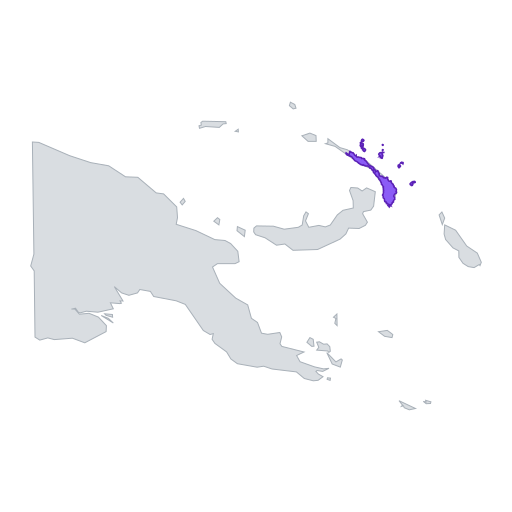 Namatanai District, New Ireland, Papua New Guinea (highlighted)
{"feature_id": "67681753B4611744074236", "entity_name": "Namatanai District", "entity_type": "district", "adm_level": 2, "iso_a3": "PNG", "parent_name": "Papua New Guinea", "parent_adm1": "New Ireland", "projection": "albers", "projection_center": [152.429, -3.72], "detail": "fine", "context": "in_parent", "style": "filled", "palette": "violet", "viewbox_px": 512, "rotation_deg": 0, "n_neighbors": 0, "source": "geoboundaries", "source_scale": "gbopen_adm2", "svg_char_len": 9715}
<svg xmlns="http://www.w3.org/2000/svg" viewBox="0 0 512 512"><path d="M35.0,337.1L34.2,270.9L30.7,266.0L33.9,254.1L32.4,142.0L38.8,142.4L69.7,155.7L90.6,162.6L108.7,165.8L125.5,176.8L137.8,177.3L156.2,192.9L163.6,193.9L176.7,206.9L177.5,217.6L176.2,224.3L195.9,230.6L214.8,239.6L225.0,240.5L230.7,243.6L237.8,251.3L239.1,261.7L235.1,263.6L217.5,263.6L212.5,267.0L219.7,283.3L235.7,298.1L247.7,304.9L251.4,318.3L257.5,322.5L261.5,333.2L267.7,334.3L279.8,332.5L281.7,336.9L280.0,343.7L281.8,346.4L304.0,352.0L296.6,355.5L300.0,361.7L314.6,366.9L323.6,368.9L329.0,368.3L322.7,371.4L317.0,370.5L315.9,371.4L318.3,374.0L323.0,376.7L318.1,380.3L313.3,380.8L304.3,378.5L296.4,371.9L272.1,369.0L263.7,366.2L257.1,367.2L237.4,363.7L230.9,359.0L226.6,351.9L214.9,343.4L212.1,339.3L213.3,333.6L210.1,334.5L203.3,330.5L185.3,304.4L176.2,300.8L153.7,296.5L150.4,291.4L139.8,289.5L137.5,292.9L128.9,295.3L121.6,292.9L114.3,286.6L123.0,301.0L120.0,300.9L121.4,303.2L119.8,303.6L110.4,302.8L113.3,308.8L97.9,312.2L86.3,311.2L80.8,312.7L78.6,312.6L75.5,308.2L71.4,309.1L74.9,309.1L79.4,314.2L89.0,313.3L98.4,317.1L106.4,325.6L106.1,331.6L84.8,342.8L72.4,338.2L54.3,339.6L47.8,337.9L39.8,340.1L35.0,337.1ZM357.7,188.0L362.1,191.0L366.6,187.9L375.3,191.7L373.6,206.2L370.8,210.1L363.5,211.6L362.6,213.7L367.4,222.2L365.4,225.3L359.1,228.5L348.6,228.1L345.9,233.9L340.1,239.1L317.6,249.5L293.0,250.3L284.9,244.0L276.5,245.2L265.1,237.8L255.6,234.7L253.7,231.9L253.9,228.1L256.5,225.9L273.4,226.2L284.2,229.2L298.3,227.3L302.2,225.0L303.7,215.8L306.0,211.9L308.4,213.7L305.5,220.9L308.8,227.3L318.9,225.4L325.3,226.9L330.3,225.0L337.3,214.9L343.0,210.3L353.3,208.0L353.1,200.6L349.5,190.5L350.9,187.5L357.7,188.0ZM481.3,262.3L480.0,265.6L479.3,264.5L474.1,267.6L468.2,266.6L463.0,263.3L458.9,257.4L458.8,250.9L453.0,247.9L445.6,239.5L444.1,234.0L444.7,224.9L455.6,230.2L466.7,246.0L477.3,253.1L481.3,262.3ZM397.0,192.1L389.8,206.5L385.3,200.6L383.5,196.4L383.1,185.4L371.5,169.0L359.5,163.5L335.1,146.4L325.5,143.7L327.9,142.9L327.9,138.7L339.9,147.6L347.4,149.8L357.3,156.7L364.1,159.0L393.5,184.7L397.0,192.1ZM202.7,121.2L225.8,121.7L226.2,123.6L223.1,123.9L219.3,127.4L205.5,126.5L199.5,128.3L199.0,125.8L201.3,125.1L200.9,122.5L202.7,121.2ZM319.4,341.8L323.6,344.2L327.1,343.9L329.8,346.7L330.3,351.3L328.8,352.4L327.8,351.0L316.7,350.1L318.8,347.4L316.7,342.2L319.4,341.8ZM316.2,141.4L308.1,141.4L301.9,135.8L309.9,133.1L316.0,135.6L316.2,141.4ZM335.9,361.9L341.1,358.9L342.3,360.0L340.3,367.1L332.2,364.0L326.8,352.6L335.9,361.9ZM378.5,331.7L387.3,330.4L391.5,333.5L392.8,334.6L392.0,337.6L384.6,336.3L378.5,331.7ZM399.0,400.7L415.5,408.5L409.3,409.8L404.2,407.7L403.5,405.8L401.4,406.4L402.5,405.1L399.0,400.7ZM244.4,236.6L237.0,230.7L237.4,226.6L245.2,230.2L244.4,236.6ZM314.0,346.2L311.8,346.4L306.9,342.3L309.9,337.6L313.2,339.3L314.0,346.2ZM442.3,224.6L439.1,214.9L441.9,212.0L444.7,218.1L442.3,224.6ZM218.9,224.9L213.8,221.2L217.5,217.7L219.8,219.5L218.9,224.9ZM296.0,108.2L293.2,108.9L289.4,105.7L290.4,102.2L294.8,104.5L296.0,108.2ZM185.2,201.4L182.2,204.9L180.1,202.2L183.5,198.4L185.2,201.4ZM336.9,314.0L337.1,325.6L334.8,323.3L335.9,318.5L333.5,317.2L336.9,314.0ZM108.3,318.3L113.3,323.0L101.2,315.5L108.3,318.3ZM112.6,317.2L106.0,315.3L104.6,313.8L112.4,314.5L112.6,317.2ZM430.9,401.8L430.5,403.5L426.2,403.7L423.3,401.4L426.1,402.0L425.6,400.3L430.9,401.8ZM382.2,152.8L382.5,158.1L379.4,154.3L382.2,152.8ZM366.1,149.9L364.8,151.3L361.7,147.6L362.3,146.8L366.1,149.9ZM330.5,378.1L330.1,380.4L327.1,379.3L327.5,377.8L330.5,378.1ZM363.4,145.7L361.1,146.4L361.5,142.7L363.4,145.7ZM238.2,129.2L238.4,131.9L235.2,131.3L238.2,129.2ZM412.9,182.7L412.5,185.2L410.8,184.4L412.9,182.7Z" fill="#d9dde1" stroke="#a8b0b8" stroke-width="1"/><path d="M345.9,153.2L346.4,154.3L347.1,155.0L348.8,155.6L349.4,155.8L349.8,155.9L349.9,156.2L350.8,156.3L351.8,156.9L352.6,157.9L352.7,158.2L353.5,158.9L354.7,160.6L357.1,161.7L358.1,162.7L358.3,162.6L358.7,163.0L358.8,163.3L359.2,163.3L359.6,163.8L360.0,163.9L360.3,164.4L361.1,164.5L361.2,164.8L362.2,165.0L362.4,165.2L363.1,164.7L363.4,164.9L363.4,165.1L363.6,165.3L364.2,165.6L364.8,165.4L365.2,165.9L366.7,166.1L367.3,165.9L369.1,167.0L369.5,167.4L369.8,167.4L370.0,167.8L369.9,168.1L371.0,168.5L371.8,169.3L371.9,169.9L372.7,170.5L373.2,170.5L373.4,170.8L373.3,172.0L373.8,172.8L375.0,173.9L375.2,174.4L375.5,174.5L375.8,175.0L375.8,175.4L376.5,176.2L377.2,176.6L377.4,176.9L378.0,177.0L378.4,177.9L379.0,178.7L379.0,179.3L379.5,179.9L380.0,180.0L380.2,180.8L380.6,181.2L380.9,182.2L381.3,182.5L381.4,184.2L382.1,184.6L382.3,185.4L383.5,186.8L383.4,187.4L383.1,187.7L383.5,188.6L383.4,189.8L383.7,190.3L383.4,191.2L383.6,192.0L383.5,192.7L383.3,193.1L383.2,194.2L382.7,194.6L382.5,195.1L383.3,196.3L383.1,197.0L383.3,198.0L384.2,198.5L384.3,198.7L384.6,201.0L384.8,201.6L385.1,201.7L386.1,201.9L386.5,202.7L387.1,203.3L386.8,203.2L386.7,203.5L387.2,203.5L388.0,204.6L388.3,204.6L388.5,204.4L388.6,204.6L388.8,204.6L388.6,204.8L389.2,205.8L389.3,206.2L389.0,206.3L389.3,207.0L389.9,206.3L389.9,205.8L389.6,205.6L389.9,205.5L389.8,205.1L390.2,204.9L390.9,205.4L390.7,204.9L391.9,204.0L392.0,203.6L392.2,203.4L392.1,202.9L392.5,202.7L392.5,202.4L392.7,202.1L393.0,201.9L393.2,202.2L393.5,202.0L393.5,201.6L393.4,201.3L393.6,200.4L394.1,199.8L394.8,199.4L394.7,197.8L394.8,197.3L394.8,197.2L394.3,197.1L393.9,196.6L393.7,196.2L393.8,195.7L394.6,194.2L396.4,193.0L396.5,192.7L396.4,192.1L396.0,191.6L396.3,191.1L396.3,190.4L396.5,189.7L396.2,189.2L396.1,188.7L395.6,188.0L395.2,188.0L394.6,187.7L394.0,187.1L393.9,186.8L394.2,186.4L394.1,186.1L393.5,185.7L393.2,184.4L392.9,184.4L392.7,183.9L392.1,183.5L392.0,183.2L391.3,182.6L391.3,181.5L391.0,180.8L390.6,180.8L390.2,181.4L388.9,181.1L388.5,180.7L388.3,180.0L387.7,179.6L387.8,179.1L387.4,177.9L387.7,177.7L387.6,177.4L386.7,177.2L386.0,178.1L385.3,178.2L385.1,177.9L384.9,178.0L384.2,177.7L383.5,177.7L383.2,177.0L382.4,176.7L382.5,176.4L382.2,176.2L381.6,176.1L380.9,176.3L379.6,175.8L379.6,175.4L379.0,174.9L379.4,174.2L379.3,173.7L378.5,172.7L378.4,171.9L378.1,171.6L377.8,170.7L377.3,170.6L376.5,171.3L375.9,171.2L375.7,171.6L375.5,171.8L375.6,171.2L375.3,170.9L375.2,170.0L374.8,169.8L374.8,169.5L374.2,169.0L373.8,169.1L373.6,169.0L373.8,168.0L373.6,167.5L372.9,167.1L372.7,166.8L372.4,166.8L372.0,166.5L371.8,166.6L370.3,165.6L370.0,165.6L369.5,165.2L369.0,165.0L368.4,164.0L367.9,163.8L366.2,161.1L365.4,160.7L365.2,160.3L364.8,160.2L364.5,159.9L364.3,159.2L364.6,159.0L364.5,158.7L364.2,158.7L363.8,158.9L363.3,158.4L362.9,158.3L361.8,158.6L361.5,158.4L361.3,157.6L360.3,157.4L359.7,157.5L358.7,157.0L357.1,157.2L356.2,156.3L356.2,155.3L355.7,155.7L355.1,155.5L354.5,155.0L354.2,154.1L353.5,153.5L353.3,152.9L352.7,152.7L352.3,152.8L352.0,152.5L351.4,152.3L351.1,152.0L350.6,152.2L350.0,151.3L349.7,151.4L349.2,154.4L348.2,154.3L346.1,152.8L345.9,153.2ZM382.0,152.5L381.2,152.5L380.1,152.7L380.1,152.9L379.6,153.0L379.2,153.4L378.7,154.1L378.8,154.3L378.9,154.8L379.4,155.4L379.9,155.7L379.8,155.9L380.0,156.0L379.6,156.4L380.0,156.3L379.9,156.7L380.2,156.7L380.3,156.9L380.4,156.7L380.5,156.8L380.6,157.3L380.9,157.3L380.8,157.6L381.1,157.5L381.3,157.7L381.7,158.3L382.2,158.2L382.4,157.8L382.4,157.0L382.5,156.5L382.9,156.0L382.9,155.6L382.8,155.1L382.7,155.0L382.3,155.2L382.1,154.9L382.3,154.1L382.0,153.7L382.0,152.5ZM360.8,142.5L360.4,142.6L360.3,142.8L360.6,143.3L360.8,143.3L360.6,143.6L361.1,144.1L360.9,144.5L360.6,144.5L360.4,144.8L360.4,145.1L360.2,145.2L360.2,145.4L360.8,145.8L360.4,145.9L360.5,146.2L360.8,146.4L360.8,146.6L361.1,146.8L361.2,146.6L361.4,147.0L361.6,146.7L361.8,146.7L361.9,146.4L362.1,146.4L362.1,146.2L362.4,146.4L362.6,146.1L362.8,146.4L363.0,146.4L363.2,145.9L363.2,145.6L362.8,145.7L362.6,146.0L362.5,145.6L362.6,145.4L362.8,145.5L362.9,145.1L362.9,145.5L363.2,145.4L363.2,144.6L363.0,144.8L362.9,144.6L362.9,144.4L363.2,144.2L362.4,143.1L361.8,143.0L361.7,142.8L360.8,142.5ZM362.2,146.5L361.9,146.6L361.8,146.9L361.6,147.0L361.6,147.6L361.3,148.0L361.9,148.6L362.6,148.5L362.6,148.8L362.8,148.6L362.8,149.2L363.0,149.5L363.1,150.5L363.6,151.1L364.5,151.5L365.2,150.7L365.4,150.1L365.3,149.4L364.8,148.8L364.3,148.5L363.9,148.6L363.1,148.2L362.9,147.9L362.7,147.1L362.2,146.5ZM412.8,184.6L412.8,183.6L412.6,183.5L412.5,183.0L412.3,182.7L412.5,182.2L412.4,181.8L411.5,182.3L411.1,182.8L410.7,183.0L410.1,183.7L410.0,184.0L410.3,184.6L410.7,184.6L411.1,185.4L411.7,185.6L412.3,185.4L412.3,184.8L412.8,184.6ZM363.4,139.6L362.4,139.2L361.7,139.8L361.3,141.0L361.4,141.3L362.4,141.2L363.1,141.4L363.5,141.2L363.7,140.7L363.9,140.5L363.7,139.9L363.4,139.6ZM400.0,165.4L399.6,164.4L399.4,164.4L398.7,165.1L398.3,165.1L398.2,165.2L398.5,165.4L399.0,166.2L399.4,166.1L399.7,166.4L400.4,166.4L400.5,166.0L400.0,165.4ZM403.0,162.5L401.5,162.2L400.9,162.8L400.6,162.8L400.5,163.1L401.1,163.2L401.4,163.2L401.6,162.9L402.0,163.0L402.9,163.9L403.2,162.9L403.0,162.5ZM414.1,181.5L414.0,181.4L413.8,181.7L412.9,181.9L412.6,182.1L413.1,182.3L413.7,182.0L414.0,182.2L414.1,182.6L414.3,182.5L414.5,182.7L415.2,182.4L415.2,182.0L414.9,181.9L414.8,181.5L414.5,181.4L414.1,181.5ZM382.5,145.3L383.0,145.3L383.2,144.9L383.1,144.7L382.7,144.5L382.3,144.8L382.5,145.3ZM382.6,150.4L383.1,150.1L383.1,149.7L382.9,149.6L382.6,149.6L382.3,150.1L382.6,150.4ZM388.7,205.4L388.4,205.1L387.9,205.5L388.2,205.8L388.4,205.5L388.7,205.8L388.7,205.4ZM398.6,166.9L398.7,166.4L398.6,166.6L398.3,166.5L398.2,166.6L398.6,166.9ZM399.3,167.6L398.7,167.2L398.6,167.4L399.0,167.8L399.3,167.6ZM386.1,202.8L386.2,202.4L385.9,202.1L385.9,202.4L386.1,202.8ZM383.8,152.4L383.3,152.3L383.1,152.4L383.7,152.6L383.8,152.4ZM382.9,152.5L382.9,152.4L382.7,152.3L382.7,152.5L382.9,152.5Z" fill="#8b5cf6" stroke="#5b21b6" stroke-width="1.5"/></svg>